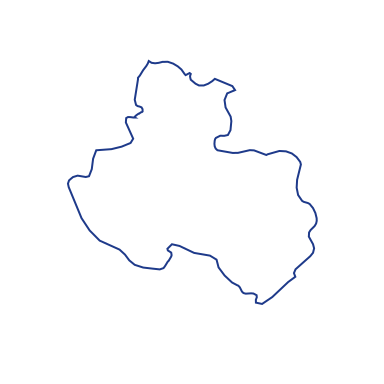 map outline of Haute-Savoie (Robinson projection), rotated 235°
{"feature_id": "FRA-5302", "entity_name": "Haute-Savoie", "entity_type": "Metropolitan department", "adm_level": 1, "iso_a3": "FRA", "parent_name": "France", "parent_adm1": "", "projection": "robinson", "projection_center": [6.477, 46.07], "detail": "fine", "context": "isolated", "style": "outline", "palette": "blue", "viewbox_px": 384, "rotation_deg": 235, "n_neighbors": 0, "source": "natural_earth", "source_scale": "10m", "svg_char_len": 2061}
<svg xmlns="http://www.w3.org/2000/svg" viewBox="0 0 384 384"><g transform="rotate(235 192 192)"><path d="M324.1,231.7L321.0,233.0L318.6,235.6L316.9,238.8L315.5,242.5L312.5,246.9L308.0,250.2L303.1,252.4L298.4,253.6L292.9,253.6L291.4,253.8L291.2,255.2L291.0,257.0L290.8,258.3L289.4,258.7L288.1,256.9L286.6,256.1L284.7,255.4L278.7,257.0L275.3,258.8L272.5,262.8L271.4,267.3L271.2,272.2L271.6,275.6L255.6,285.8L250.8,285.7L252.6,277.4L248.7,271.4L242.0,268.0L231.6,266.9L227.5,264.9L220.6,259.0L218.1,254.1L219.5,250.7L221.9,247.4L222.6,242.6L222.1,241.3L221.0,240.0L218.6,238.0L216.4,236.8L214.0,236.3L211.6,236.8L200.7,247.7L197.7,252.1L193.1,263.4L190.5,266.7L179.7,274.1L179.5,275.6L175.5,287.1L171.4,292.3L166.3,295.9L160.6,297.7L154.6,297.9L152.1,297.0L141.7,285.1L135.5,280.2L128.7,277.2L121.6,277.1L119.8,277.9L116.5,280.6L114.7,281.5L109.4,281.9L104.0,281.0L99.1,279.1L96.8,277.6L95.0,275.6L93.8,273.0L92.8,267.3L91.7,264.7L88.4,262.1L79.8,261.2L75.8,259.7L72.8,256.3L71.6,252.1L69.3,232.5L67.1,229.0L63.3,228.0L63.1,219.3L59.9,197.5L60.1,185.2L64.7,180.9L67.1,182.5L68.6,184.7L70.4,185.7L73.6,184.1L75.1,182.3L77.9,177.7L79.7,176.2L81.8,175.8L86.5,176.5L88.7,176.2L89.6,175.6L94.9,172.9L104.9,170.8L115.0,170.5L122.5,173.3L129.6,170.2L140.9,158.8L155.0,150.8L160.7,145.6L159.6,139.3L158.0,138.7L154.3,140.2L152.0,139.1L151.1,138.0L149.0,133.4L148.9,132.3L146.9,127.7L146.5,126.6L146.0,125.0L147.1,121.2L151.8,115.8L158.1,108.7L165.2,103.3L172.0,101.4L179.2,101.2L186.4,99.6L205.1,88.5L219.2,86.1L233.9,86.5L266.7,93.8L270.0,95.2L272.0,97.9L272.3,100.5L272.5,103.1L271.0,107.7L265.2,113.6L264.0,116.7L268.2,123.0L276.0,130.1L281.1,137.5L273.3,150.6L269.5,160.4L267.4,169.8L269.4,174.4L286.9,177.7L290.3,180.5L290.1,182.6L288.5,184.7L286.7,186.6L285.7,188.0L286.4,187.7L286.8,190.5L286.8,193.3L286.5,193.6L286.6,195.7L286.2,196.8L286.3,197.7L288.2,199.0L290.3,199.2L292.0,198.1L293.6,196.7L295.4,196.1L300.4,198.0L315.4,212.5L316.5,213.2L317.3,216.1L319.8,221.8L321.4,226.8L322.6,229.5L324.1,231.7Z" fill="none" stroke="#1e3a8a" stroke-width="2"/></g></svg>